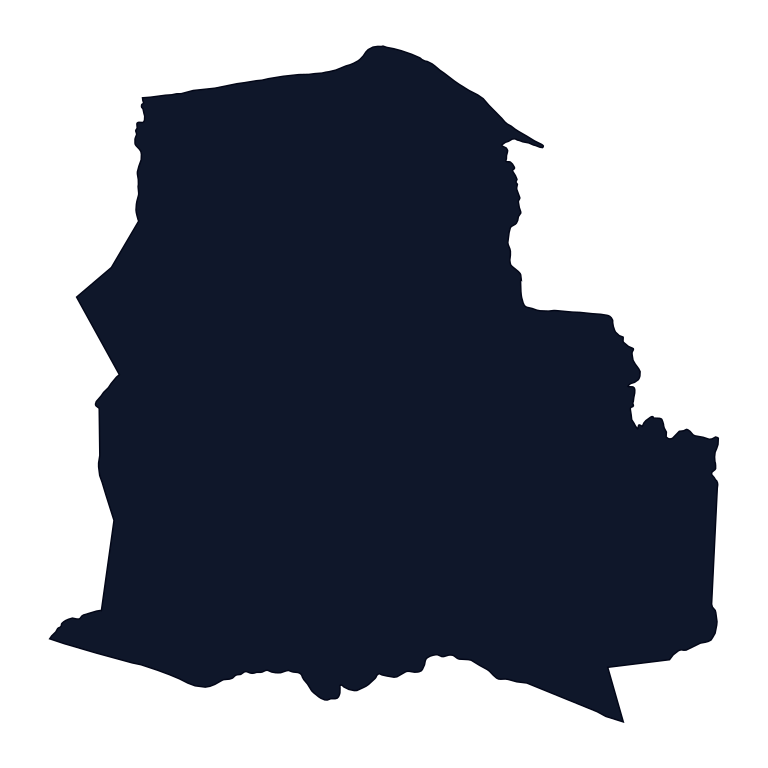 outline of Jutiapa, Atlántida, Honduras
{"feature_id": "27666195B3977655085649", "entity_name": "Jutiapa", "entity_type": "district", "adm_level": 2, "iso_a3": "HND", "parent_name": "Honduras", "parent_adm1": "Atlántida", "projection": "robinson", "projection_center": [-86.444, 15.694], "detail": "fine", "context": "isolated", "style": "filled", "palette": "ink", "viewbox_px": 768, "rotation_deg": 0, "n_neighbors": 0, "source": "geoboundaries", "source_scale": "gbopen_adm2", "svg_char_len": 6048}
<svg xmlns="http://www.w3.org/2000/svg" viewBox="0 0 768 768"><path d="M49.7,638.8L64.4,643.7L96.5,653.1L132.3,662.9L141.0,664.7L157.8,670.3L169.6,674.7L179.4,678.8L187.9,683.1L195.1,685.8L205.3,687.1L209.9,686.3L214.8,684.4L222.8,679.9L224.0,679.6L229.5,679.1L231.4,678.5L232.6,678.0L235.3,675.5L236.8,674.8L240.7,674.4L244.3,671.9L245.6,671.6L246.9,671.7L250.2,673.0L252.1,673.3L254.0,673.1L256.7,672.3L260.7,672.3L262.3,672.0L265.0,670.7L266.3,670.3L267.7,670.3L271.6,672.0L275.5,672.7L278.1,672.8L280.7,672.7L286.0,670.9L288.5,670.4L291.3,671.5L293.1,672.0L297.9,672.5L299.5,673.1L300.8,674.0L301.8,675.3L302.4,677.1L303.8,679.6L307.5,684.0L311.7,690.8L313.6,692.7L318.8,696.9L321.0,698.3L324.8,699.9L327.4,700.0L330.8,698.7L335.2,698.7L337.1,698.2L338.5,696.8L339.4,694.7L339.9,692.9L340.0,688.3L339.9,686.1L340.2,685.3L341.2,685.0L342.5,685.6L343.8,686.9L348.8,689.4L354.3,690.6L356.9,690.5L363.4,687.5L366.0,686.2L368.6,684.4L374.9,678.6L375.8,677.5L376.9,675.2L378.5,673.9L379.4,673.7L382.0,674.9L386.9,676.0L394.0,677.2L396.9,676.8L405.8,671.7L407.4,671.3L409.1,671.3L414.6,672.2L417.9,672.0L419.2,671.7L421.4,670.7L422.5,669.2L424.5,664.8L425.2,661.1L425.9,659.2L427.3,657.7L430.2,656.1L433.2,655.2L436.0,654.7L437.8,654.8L441.9,656.6L443.7,656.6L448.7,655.1L451.0,655.0L452.9,655.3L454.2,656.0L457.4,658.4L459.2,659.1L468.3,659.6L471.2,660.2L479.5,665.3L487.2,669.5L489.5,671.2L493.3,675.2L496.5,678.0L498.5,679.0L500.6,679.2L505.3,679.0L508.1,679.4L516.8,681.8L526.8,683.0L597.2,711.7L605.8,716.4L623.3,721.9L607.7,667.3L669.5,659.7L673.2,654.8L678.6,650.6L681.1,649.8L683.7,650.2L686.1,650.1L700.4,643.1L705.4,642.2L708.3,641.4L711.0,640.0L712.7,637.4L715.1,633.2L716.7,625.1L717.0,621.7L715.8,612.7L715.2,610.4L712.4,607.1L711.6,604.2L717.3,488.0L717.7,484.8L717.5,482.9L716.7,480.9L715.5,479.8L714.2,477.6L711.8,474.8L711.6,473.8L711.8,472.6L712.1,472.0L715.0,469.6L715.6,468.6L715.6,465.5L715.4,463.3L714.9,461.5L714.6,456.9L715.1,452.2L716.6,448.7L718.0,444.5L718.3,438.3L717.8,437.7L715.6,437.0L712.1,438.9L709.3,439.3L703.2,437.3L694.9,435.8L693.0,434.8L690.1,431.4L687.7,429.7L686.5,429.4L683.6,430.8L679.3,431.3L672.7,438.1L671.2,438.8L669.3,438.9L667.9,438.4L666.1,436.9L666.4,432.1L664.2,428.0L663.6,425.6L663.5,424.3L662.7,421.6L661.8,419.4L660.9,418.7L659.3,418.3L654.0,418.1L653.3,417.8L653.1,416.9L652.5,416.6L651.5,416.7L650.4,417.3L645.9,420.6L644.0,422.8L642.3,426.4L641.8,426.4L641.1,425.6L640.2,425.2L639.2,424.9L638.8,425.1L638.5,425.7L637.9,428.4L637.6,428.8L637.3,428.7L635.4,426.0L634.0,423.3L631.7,419.7L631.2,415.1L630.3,409.1L630.4,408.2L630.8,407.4L632.8,406.6L633.4,405.8L633.3,404.9L632.9,403.8L632.8,402.9L633.3,401.5L633.8,397.5L634.7,393.1L634.8,390.3L634.7,389.2L634.2,387.9L632.9,386.9L628.9,386.7L628.2,386.6L628.0,386.3L628.7,385.1L630.5,383.6L634.6,382.3L638.4,379.6L639.3,377.9L639.9,376.0L640.1,371.6L638.7,368.8L635.1,363.9L633.0,360.2L632.1,354.6L632.0,353.0L632.2,352.0L633.4,349.7L633.3,348.7L632.5,348.2L628.5,346.5L623.6,342.4L623.0,341.3L623.2,337.7L623.1,337.1L619.2,335.6L615.5,332.1L614.6,330.3L613.3,326.4L612.7,322.7L612.7,320.5L612.5,319.9L611.3,317.8L609.8,316.4L608.5,315.7L607.0,315.3L600.8,314.3L592.3,313.7L580.0,312.4L572.4,312.1L556.2,310.6L554.0,310.5L548.6,311.1L540.1,310.8L536.9,310.2L532.2,308.5L526.6,307.2L525.2,306.3L524.3,305.4L523.1,302.9L521.6,297.4L521.2,294.8L520.9,291.4L520.6,281.9L520.9,278.7L521.2,279.1L520.7,274.8L520.1,273.5L518.4,271.6L512.3,266.6L511.2,265.5L510.6,264.6L510.1,262.5L509.8,260.0L510.4,255.1L510.4,251.3L509.9,249.0L508.2,244.7L507.8,242.6L509.1,232.5L510.3,227.8L511.3,226.5L515.3,224.2L516.4,223.1L517.7,220.4L518.4,216.6L520.8,213.0L520.7,211.7L519.3,207.6L518.4,202.2L518.4,201.0L519.7,198.6L519.8,197.7L516.7,189.2L516.7,187.6L517.4,184.3L516.0,182.4L515.9,181.9L517.0,179.4L515.4,175.6L513.0,171.8L512.5,170.7L512.7,170.0L514.3,168.7L514.5,168.1L514.4,167.3L512.5,164.1L510.4,162.1L509.5,161.8L506.7,161.7L505.9,161.2L505.9,160.2L506.4,158.9L506.5,155.6L507.5,151.8L507.6,150.4L507.0,149.2L506.2,148.0L502.6,146.2L502.0,145.7L501.9,145.1L502.1,144.7L505.4,142.3L508.5,141.3L512.2,139.1L514.5,138.8L515.5,139.0L517.3,140.0L519.4,140.5L522.8,141.8L528.7,142.9L533.5,145.0L535.5,145.5L539.9,147.2L542.5,147.6L543.2,146.8L543.3,145.9L542.6,145.1L541.4,144.3L534.5,140.9L526.7,136.1L518.7,131.5L515.1,129.2L511.1,126.1L507.4,124.1L504.9,122.0L501.9,118.5L488.9,105.3L483.2,98.7L477.7,94.9L468.9,90.4L459.1,84.3L454.6,81.2L444.3,73.3L439.7,70.1L434.9,66.0L432.1,63.9L427.3,61.5L424.8,61.0L421.8,59.5L420.4,58.2L419.3,57.6L411.7,54.3L401.2,50.7L393.7,48.7L386.8,47.4L383.0,46.1L381.4,46.5L377.7,46.4L373.0,47.1L368.2,49.6L365.9,52.0L363.3,55.9L360.2,59.2L358.2,60.8L353.6,63.3L350.0,64.8L346.1,65.9L335.8,70.1L329.1,71.7L325.8,72.2L321.9,73.1L315.0,73.6L308.8,74.4L298.8,74.6L283.1,76.3L268.4,78.7L262.0,80.2L256.6,80.7L244.4,82.7L237.0,83.7L214.9,88.2L193.2,90.5L181.2,93.7L176.5,93.8L171.7,94.8L165.6,95.2L150.5,97.2L142.5,97.8L142.8,100.3L143.6,103.0L143.2,103.6L141.9,104.4L141.6,105.0L141.5,106.6L141.8,107.6L142.4,107.9L143.1,109.3L144.0,113.6L144.5,115.3L144.7,116.3L144.5,120.1L143.8,121.8L142.7,122.5L138.9,122.3L137.8,122.6L137.0,123.3L136.9,124.4L137.2,128.2L136.0,129.9L135.7,130.9L136.6,133.8L136.6,134.7L135.5,137.4L135.0,139.1L135.0,143.2L135.3,144.5L136.2,145.8L139.4,149.2L140.9,151.5L141.4,154.2L141.2,159.8L138.9,166.2L137.4,171.9L137.4,173.9L138.3,179.5L138.4,184.3L138.1,186.6L138.7,193.2L138.6,194.9L136.9,201.3L136.4,204.2L136.0,210.0L136.3,212.5L137.0,215.6L138.2,220.0L138.8,220.9L111.4,267.5L76.6,297.1L119.4,374.7L116.5,377.1L111.1,383.6L108.4,387.7L103.6,392.4L101.1,396.0L96.3,401.5L95.5,404.0L95.6,405.0L96.1,405.9L99.2,408.3L99.8,455.4L98.6,463.0L98.6,466.8L99.7,475.5L102.1,482.2L105.9,494.8L114.0,520.4L101.4,610.6L100.2,610.5L96.5,611.1L83.5,615.0L81.8,616.1L80.1,618.4L79.2,619.0L76.8,619.0L72.4,618.1L68.4,619.3L65.7,620.5L63.7,621.8L62.1,623.2L61.5,624.1L61.4,625.5L60.8,626.6L60.0,627.3L58.7,627.8L57.7,628.5L55.8,631.9L51.7,635.9L49.7,638.8Z" fill="#0f172a" stroke="#020617" stroke-width="1.5"/></svg>